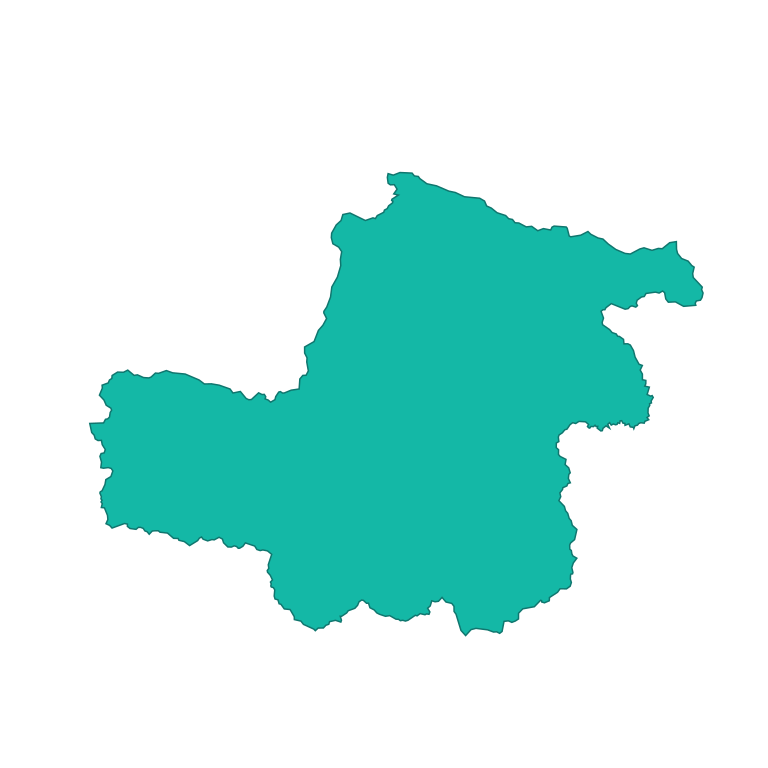 Urrao, Antioquia, Colombia (Mercator projection), rotated 115°
{"feature_id": "7082276B47907246338324", "entity_name": "Urrao", "entity_type": "district", "adm_level": 2, "iso_a3": "COL", "parent_name": "Colombia", "parent_adm1": "Antioquia", "projection": "mercator", "projection_center": [-76.192, 6.296], "detail": "fine", "context": "isolated", "style": "filled", "palette": "teal", "viewbox_px": 768, "rotation_deg": 115, "n_neighbors": 0, "source": "geoboundaries", "source_scale": "gbopen_adm2", "svg_char_len": 6171}
<svg xmlns="http://www.w3.org/2000/svg" viewBox="0 0 768 768"><g transform="rotate(115 384 384)"><path d="M488.6,129.8L484.7,130.3L482.0,132.7L478.3,134.2L477.2,134.2L476.4,132.9L475.0,133.1L471.1,136.2L466.2,136.8L460.4,135.6L460.0,140.1L458.6,141.9L455.7,143.9L455.2,145.8L451.4,147.7L449.2,147.7L444.5,145.5L434.3,147.7L432.5,153.6L428.8,156.6L427.5,159.4L423.6,162.8L422.1,165.9L418.7,168.8L415.8,176.2L411.4,176.2L408.4,178.6L404.2,177.6L402.4,178.1L399.1,175.2L396.5,175.3L394.8,173.4L391.7,177.0L387.8,178.3L385.8,177.7L381.9,181.2L380.5,185.8L375.4,187.2L375.2,193.8L374.1,196.1L369.8,198.0L368.9,201.0L364.6,202.9L362.3,201.2L358.4,203.6L356.2,203.8L352.8,201.7L349.1,200.8L347.6,199.1L342.2,198.2L339.3,196.6L338.8,193.6L335.5,191.5L333.1,185.4L334.2,181.5L336.6,181.6L337.2,179.7L337.0,178.9L335.0,178.5L334.1,176.1L332.2,175.3L332.9,173.8L332.1,172.4L333.9,172.1L334.9,167.6L334.0,166.4L331.7,166.8L328.1,165.1L328.7,161.0L326.0,164.2L323.7,163.2L325.2,160.7L323.3,159.2L323.1,156.9L322.1,155.7L320.3,155.7L320.1,153.8L317.6,154.4L316.8,153.1L318.5,150.9L317.9,149.0L319.6,148.1L316.6,145.2L318.8,142.7L317.9,139.7L318.9,138.7L315.8,138.9L314.2,136.9L312.1,136.4L310.6,134.9L309.5,131.6L307.6,131.8L304.5,129.0L303.2,131.5L300.8,130.2L298.7,132.5L294.2,134.4L291.1,134.1L289.6,135.0L288.1,133.6L286.5,134.7L282.4,134.3L281.2,136.1L282.3,137.1L282.3,141.1L274.7,142.2L275.7,146.8L273.2,146.8L270.1,148.2L270.9,151.6L265.8,154.0L263.1,157.7L258.0,157.7L258.3,161.2L253.5,167.8L248.3,172.0L244.6,177.2L244.5,180.0L246.2,183.5L242.3,185.8L241.4,190.7L242.0,192.5L240.5,194.6L241.0,199.0L239.4,202.4L237.9,210.9L236.0,212.3L231.5,212.9L226.4,218.0L224.2,217.0L223.3,215.2L221.1,215.1L215.1,212.0L214.3,197.1L212.5,194.6L209.8,193.7L208.4,192.3L207.9,188.3L205.9,187.4L204.2,189.5L201.1,190.0L196.3,187.4L194.7,185.1L191.2,184.8L186.0,176.8L185.3,173.1L182.0,170.8L182.6,168.3L187.8,164.6L189.7,160.9L186.4,154.6L187.0,145.3L180.9,134.7L179.2,136.1L176.7,136.0L174.3,132.6L171.3,132.3L166.7,133.3L164.3,136.0L161.7,136.5L156.8,148.7L153.5,150.9L147.0,152.3L146.6,155.1L144.1,160.3L144.5,167.3L141.6,173.1L138.3,175.8L131.4,179.2L135.2,184.8L143.8,189.0L145.2,192.7L149.6,197.6L150.7,205.9L153.5,209.2L162.1,215.7L163.8,220.8L164.1,230.7L162.4,239.8L160.1,246.8L161.2,251.7L160.9,259.9L159.6,263.6L166.0,268.6L171.7,277.0L171.6,278.7L165.4,283.8L164.7,285.2L169.0,296.6L170.8,298.0L174.0,298.0L175.8,305.2L180.1,309.4L178.7,316.8L181.5,321.5L181.1,329.8L182.5,333.4L180.6,337.1L181.5,340.9L179.9,344.9L181.0,353.9L179.2,361.1L179.3,366.2L175.7,370.2L175.2,375.8L180.3,390.2L180.3,400.3L181.8,406.8L182.2,420.1L184.4,429.8L182.7,438.3L181.4,440.6L182.6,444.4L181.0,447.7L185.6,458.9L190.8,463.9L191.6,469.2L195.3,468.3L200.3,465.1L200.8,462.4L199.0,458.9L201.9,454.5L207.6,455.5L206.7,450.8L213.2,454.9L214.5,454.6L214.5,453.2L216.2,452.8L220.5,455.1L223.7,455.2L226.2,457.1L228.5,456.8L234.2,461.3L237.7,461.7L238.1,464.2L243.7,470.0L243.4,487.1L247.8,492.9L254.0,492.0L260.0,494.5L269.4,495.2L273.6,493.6L278.5,489.6L279.1,482.9L281.9,478.3L289.5,476.2L295.0,473.2L306.8,471.4L318.1,472.3L327.8,469.2L338.4,468.4L343.5,469.2L345.0,468.6L348.9,463.7L356.6,464.2L363.1,466.1L375.1,465.3L384.0,471.6L389.5,469.0L392.8,464.8L396.7,463.3L404.1,458.1L409.0,458.3L410.5,461.2L415.0,462.4L424.4,458.8L428.8,465.5L434.3,470.6L435.1,472.1L434.7,474.7L435.8,476.0L441.1,476.8L444.3,476.2L448.4,479.1L447.5,482.1L447.7,485.5L445.5,485.8L444.0,488.1L445.1,490.1L445.0,493.9L454.1,497.6L455.4,499.9L455.4,502.8L451.5,511.0L456.0,517.1L453.6,521.4L454.7,532.8L456.8,540.5L459.9,546.8L458.5,553.3L459.0,568.4L463.2,580.3L463.8,586.9L469.6,592.8L470.7,595.8L476.1,598.0L477.9,599.7L479.8,604.7L479.9,611.3L481.8,614.1L479.7,622.1L483.5,625.1L485.8,630.5L491.2,634.0L494.0,633.0L496.4,634.5L499.6,634.4L504.2,639.0L506.8,637.5L514.4,637.2L516.9,631.0L520.7,626.7L521.3,621.4L522.8,619.8L525.5,620.1L530.0,618.8L532.4,619.7L533.7,621.5L537.8,621.7L544.1,634.0L551.5,628.4L552.9,625.0L555.8,622.5L556.1,619.3L554.5,616.3L558.1,613.7L561.2,608.9L564.7,608.5L566.6,611.0L569.6,610.9L574.2,607.0L579.5,605.3L578.9,602.7L576.3,598.6L575.8,595.6L577.4,593.0L583.3,592.4L588.2,595.7L593.0,594.4L599.9,594.4L601.7,595.6L602.9,595.4L605.6,592.5L607.7,592.0L608.5,590.4L610.5,590.6L611.4,588.8L615.4,588.0L614.4,585.0L619.9,579.1L623.5,577.0L628.1,576.9L628.1,572.9L629.5,569.6L620.1,560.2L619.4,557.3L621.5,556.4L622.3,553.1L620.5,547.3L617.7,546.0L616.8,544.0L616.6,541.1L618.2,538.7L618.0,536.2L619.4,533.3L615.2,531.9L613.9,529.7L612.4,526.5L613.0,524.4L610.6,517.2L612.8,509.5L611.0,505.3L612.3,503.8L611.2,498.4L612.6,491.9L604.7,486.7L601.7,486.2L599.8,484.7L601.1,482.4L600.7,477.5L597.7,474.2L597.0,472.0L592.6,468.7L592.8,464.9L595.7,462.3L597.7,456.6L596.2,453.3L594.0,451.4L593.6,448.9L594.5,446.7L593.8,445.4L590.7,443.3L586.6,442.5L585.5,432.7L587.7,429.3L587.3,425.8L585.6,423.7L584.5,419.1L585.8,413.8L596.7,412.5L599.8,410.5L602.4,411.0L603.8,410.0L605.4,406.3L608.7,402.3L611.5,403.2L612.7,401.8L614.9,401.2L615.6,400.4L615.3,398.1L616.8,396.0L622.6,393.9L624.9,391.9L624.4,388.9L627.5,386.2L627.2,384.3L630.0,379.3L628.1,373.8L632.8,367.0L635.4,365.7L634.0,359.1L635.9,355.4L635.8,344.1L636.6,342.0L633.0,340.5L630.7,335.8L627.2,334.7L625.1,332.5L622.4,332.9L618.7,328.1L618.0,322.5L616.1,322.7L613.0,325.5L612.5,324.3L607.3,321.1L604.6,320.6L599.6,315.6L595.8,314.4L592.0,314.6L589.3,313.0L588.8,311.3L590.1,307.2L589.2,305.4L592.7,302.2L592.9,297.4L594.5,293.8L594.6,290.8L593.9,284.5L591.5,280.9L592.1,273.8L591.1,271.3L591.6,269.2L590.2,267.1L589.8,264.4L588.0,262.4L580.4,257.9L580.1,256.0L576.8,254.2L575.8,249.3L574.4,248.3L573.7,245.9L571.2,246.1L568.8,249.7L565.6,248.3L560.3,249.1L559.8,245.7L557.9,242.8L552.9,241.2L555.4,235.7L554.2,229.9L555.9,226.6L560.5,224.4L562.2,221.4L574.8,210.1L577.5,203.7L569.8,201.3L566.6,197.4L563.0,186.2L562.5,179.9L561.0,177.2L561.1,173.8L558.4,172.4L548.4,174.9L546.1,171.2L546.0,167.4L543.3,164.8L540.1,162.8L534.9,165.2L529.1,163.2L522.3,153.6L513.9,150.7L513.7,149.7L514.9,148.9L514.5,146.1L510.6,142.6L507.6,143.8L499.4,138.7L495.2,137.9L492.5,132.0L488.6,129.8Z" fill="#14b8a6" stroke="#0f766e" stroke-width="1.5"/></g></svg>